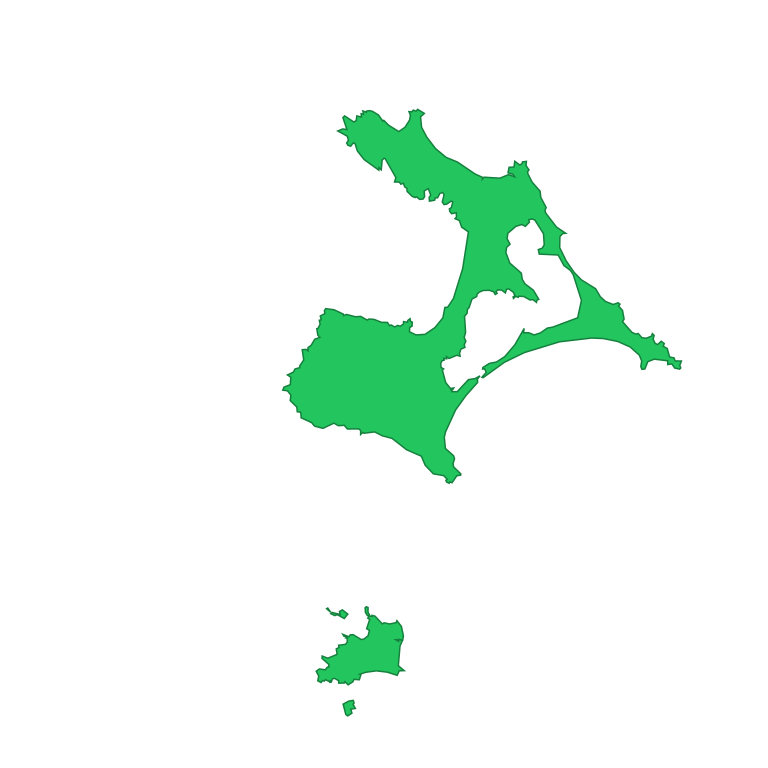 the district of Chatham Islands Territory, New Zealand, rotated 46°
{"feature_id": "76426892B18906871273548", "entity_name": "Chatham Islands Territory", "entity_type": "district", "adm_level": 2, "iso_a3": "NZL", "parent_name": "New Zealand", "parent_adm1": "", "projection": "equal_earth", "projection_center": [-176.482, -44.024], "detail": "fine", "context": "isolated", "style": "filled", "palette": "green", "viewbox_px": 768, "rotation_deg": 46, "n_neighbors": 0, "source": "geoboundaries", "source_scale": "gbopen_adm2", "svg_char_len": 6174}
<svg xmlns="http://www.w3.org/2000/svg" viewBox="0 0 768 768"><g transform="rotate(46 384 384)"><path d="M322.8,126.9L320.4,130.1L321.4,131.6L320.8,134.2L314.6,135.2L318.2,139.8L315.0,143.5L318.2,148.1L322.6,145.5L325.7,146.1L319.9,149.0L316.4,157.7L304.7,168.4L304.9,170.8L304.0,169.5L296.2,172.6L275.3,177.0L264.1,181.9L250.6,183.4L236.0,181.7L225.4,178.6L217.2,172.1L217.4,167.0L209.8,169.0L210.0,171.4L207.3,172.7L207.5,175.0L205.4,176.8L209.0,178.3L211.9,182.2L213.9,190.5L212.7,198.0L201.1,200.9L194.2,201.0L194.1,202.2L186.6,201.1L179.8,202.9L177.2,204.6L175.5,207.1L176.2,208.0L172.9,209.5L175.7,211.4L173.7,212.7L176.3,214.8L172.3,217.3L175.2,221.0L174.6,223.7L163.8,226.1L163.8,228.5L175.2,233.9L171.8,236.6L169.9,241.5L180.2,238.3L184.0,240.3L184.7,243.5L187.2,244.1L189.8,242.8L189.2,238.6L190.9,237.8L197.9,241.3L208.7,242.4L226.6,239.2L224.9,237.4L228.0,237.2L221.6,229.7L221.7,227.0L223.0,226.7L243.8,232.1L246.0,236.1L249.4,232.7L251.9,233.1L253.2,230.6L256.5,232.2L259.2,231.6L261.5,233.6L268.7,233.4L271.5,232.1L271.9,230.6L276.0,230.1L278.1,227.4L277.4,224.6L273.1,221.0L274.2,216.4L280.6,219.2L281.1,221.9L284.0,224.3L287.0,219.9L285.7,217.9L287.3,216.1L285.7,211.4L287.0,208.8L289.6,209.3L293.5,215.6L296.6,216.2L298.2,213.9L299.1,208.5L300.7,208.0L303.9,213.0L303.4,215.3L305.5,216.8L308.4,217.1L311.0,213.1L314.2,215.8L314.4,218.1L318.7,216.2L325.2,219.2L333.2,217.6L355.6,247.2L370.7,274.6L373.0,284.9L371.2,287.0L377.3,295.7L378.8,308.1L376.8,320.0L370.9,326.9L364.1,329.4L361.2,326.2L361.9,323.7L359.3,320.7L357.1,321.3L355.1,319.9L354.8,322.7L355.9,324.2L352.7,326.6L354.4,328.5L353.7,332.2L351.3,333.5L350.5,336.6L346.4,337.9L345.9,339.5L342.0,338.8L338.0,342.9L330.7,346.2L326.8,349.7L326.3,351.7L319.2,353.8L315.7,357.9L308.0,362.6L306.7,365.5L305.5,364.7L295.8,368.4L289.3,373.6L289.8,375.9L292.3,377.6L290.8,382.6L294.2,384.5L293.2,386.3L296.6,388.4L298.1,392.7L297.5,393.9L302.9,397.7L305.9,397.7L303.7,402.8L305.6,409.7L305.0,413.4L307.4,415.6L305.0,416.0L302.5,419.0L311.0,425.1L312.3,431.7L313.7,433.2L311.4,437.6L312.5,441.0L310.4,447.2L314.4,446.3L319.4,451.9L316.8,458.1L318.1,461.1L321.8,458.2L327.3,458.7L330.8,463.0L340.0,462.7L343.7,465.7L346.5,463.5L350.8,467.1L361.5,462.9L366.1,463.2L373.5,458.7L377.4,447.2L382.3,445.8L386.1,441.3L390.9,441.6L398.8,433.3L401.2,433.1L404.1,435.9L404.1,432.8L405.5,432.6L412.0,424.0L420.1,421.2L428.7,416.0L447.1,413.4L461.8,407.3L471.1,410.8L482.9,410.9L491.4,404.7L496.5,404.7L496.3,406.4L498.0,407.1L500.6,406.1L500.1,404.8L502.3,403.7L500.6,395.3L502.8,392.3L502.1,391.2L492.0,391.5L489.2,389.6L486.8,385.2L483.9,383.8L473.0,384.6L464.2,377.6L461.2,373.0L452.4,350.5L449.2,332.8L447.9,315.6L445.4,313.5L444.8,309.3L443.4,314.7L439.5,320.2L440.4,336.6L436.7,340.5L433.9,339.3L435.8,338.7L435.3,336.6L433.4,339.3L425.8,338.6L414.6,332.4L414.6,330.6L411.7,331.5L408.5,328.7L407.6,326.1L408.6,324.1L407.1,323.2L409.4,321.4L407.8,320.1L410.8,319.5L413.9,311.7L416.9,309.9L414.4,308.4L412.3,304.4L413.9,300.4L411.5,299.0L410.1,295.4L406.2,294.0L403.6,289.5L391.2,279.0L390.9,275.2L388.2,272.0L388.2,269.8L384.0,261.7L385.5,256.6L384.1,254.6L384.1,251.6L385.7,247.6L389.7,243.2L393.8,241.1L396.9,241.8L397.4,239.7L395.3,239.2L395.3,236.9L398.0,234.2L402.8,233.4L401.0,230.1L402.2,228.2L408.0,227.2L411.5,228.6L411.0,230.6L412.4,231.4L412.5,228.3L414.9,227.3L414.5,226.1L418.1,222.7L425.0,220.6L426.8,218.2L431.2,217.6L429.9,215.8L430.6,213.8L420.3,211.4L409.9,213.0L404.9,211.9L399.6,208.2L384.4,209.5L374.1,205.0L370.9,200.9L371.0,196.2L364.9,194.5L361.6,190.1L362.2,179.6L365.1,174.0L368.8,172.8L368.6,167.0L366.4,165.7L368.3,162.7L371.0,161.6L386.7,164.9L395.1,172.0L396.2,175.8L394.5,179.6L398.4,182.1L412.2,169.1L423.8,172.3L431.8,171.0L436.7,171.9L461.0,183.9L470.9,198.7L460.3,223.1L457.2,227.7L455.9,236.0L453.0,241.9L447.8,244.2L444.1,248.0L441.4,244.6L446.7,262.7L448.2,278.1L446.3,287.8L442.4,293.9L440.8,301.4L441.8,302.7L442.8,301.1L446.6,302.3L447.2,308.9L448.3,308.3L452.0,282.4L458.9,261.2L475.6,228.4L495.1,202.8L503.6,194.7L515.8,186.3L528.4,181.2L540.6,180.3L546.4,182.6L549.8,187.1L552.6,188.3L554.4,185.9L551.2,178.7L553.9,172.3L564.4,163.8L567.1,166.4L569.5,163.0L574.5,163.8L578.7,161.0L578.6,159.4L576.0,158.3L574.1,154.1L569.6,158.6L566.7,157.2L563.0,159.8L555.2,155.6L550.8,156.9L549.6,154.3L545.8,154.9L545.7,159.8L543.1,160.7L538.7,159.3L536.7,155.9L534.2,156.0L535.4,158.3L533.2,163.7L529.8,166.3L524.2,166.1L523.1,168.2L519.0,169.8L504.9,169.1L504.1,166.2L496.7,161.3L490.9,161.1L490.5,158.8L488.2,159.2L486.0,163.9L478.6,167.3L471.6,167.8L462.5,165.6L446.0,169.7L435.8,169.7L421.9,167.4L408.0,162.9L400.2,155.1L399.9,151.0L401.8,148.6L391.0,150.9L373.3,148.9L370.8,147.5L369.8,144.8L358.7,141.6L353.8,137.8L341.6,137.2L332.8,134.5L330.9,133.0L330.8,131.0L325.6,130.1L322.8,126.9ZM570.5,539.9L563.2,539.1L564.1,541.0L560.5,546.7L555.8,549.8L555.4,551.9L544.8,551.7L542.1,553.3L542.9,554.0L541.5,555.3L537.0,554.0L533.7,550.7L531.9,551.5L531.9,553.1L535.5,556.1L539.1,556.8L540.4,555.6L541.2,558.3L543.4,557.8L548.0,566.5L551.1,565.6L554.1,570.5L553.5,575.7L552.0,577.9L542.9,580.3L541.0,582.5L541.4,584.9L535.5,587.5L537.7,588.0L540.3,586.0L540.2,587.8L541.2,587.1L544.1,589.6L544.5,592.6L540.4,598.1L542.3,599.5L541.4,602.4L545.9,605.5L542.2,614.9L536.7,617.5L538.3,619.2L547.4,618.5L549.3,620.4L548.3,621.4L548.8,624.8L544.1,628.4L543.5,632.3L548.7,633.8L551.5,637.8L555.0,636.7L554.7,634.1L556.2,633.4L556.1,631.5L560.2,630.0L559.6,628.3L561.0,630.1L561.8,629.0L560.3,625.9L561.3,624.1L565.9,622.7L567.7,624.4L571.5,620.3L571.0,618.9L575.5,618.8L576.6,613.1L575.5,610.9L579.6,607.2L576.9,602.3L576.1,602.8L578.7,597.4L585.0,588.8L593.6,581.8L602.7,576.9L600.9,572.3L604.2,568.6L596.6,569.4L583.6,554.5L581.3,548.8L577.9,551.3L579.2,552.3L576.1,553.2L578.6,550.2L581.3,548.6L578.8,545.1L570.5,539.9ZM590.2,625.9L587.6,629.7L585.9,635.8L595.3,641.1L597.6,640.6L598.5,635.7L594.8,633.8L597.5,630.0L592.9,628.7L592.7,627.1L590.2,625.9ZM524.4,569.9L517.6,570.8L516.7,574.0L519.4,575.6L512.2,580.1L512.2,581.8L516.4,580.3L517.5,577.8L525.1,575.5L524.4,569.9ZM511.1,580.9L506.1,580.1L505.8,581.4L511.1,580.9Z" fill="#22c55e" stroke="#15803d" stroke-width="1.5"/></g></svg>